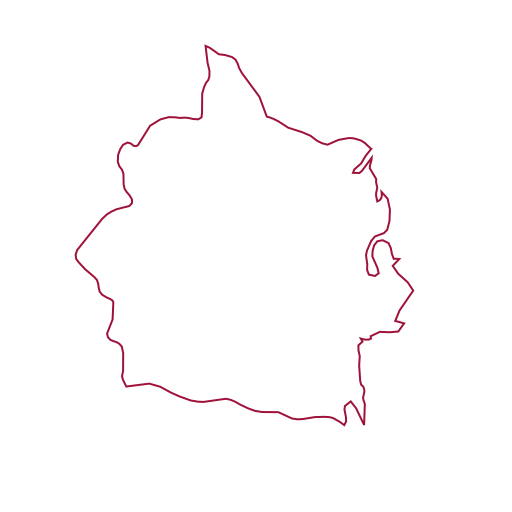 Okayama, orthographic projection, rotated 294°
{"feature_id": "JPN-1822", "entity_name": "Okayama", "entity_type": "Prefecture", "adm_level": 1, "iso_a3": "JPN", "parent_name": "Japan", "parent_adm1": "", "projection": "orthographic", "projection_center": [133.872, 34.876], "detail": "fine", "context": "isolated", "style": "outline", "palette": "rose", "viewbox_px": 512, "rotation_deg": 294, "n_neighbors": 0, "source": "natural_earth", "source_scale": "10m", "svg_char_len": 2674}
<svg xmlns="http://www.w3.org/2000/svg" viewBox="0 0 512 512"><g transform="rotate(294 256 256)"><path d="M400.7,317.7L392.0,315.4L383.3,314.4L375.0,310.6L371.4,310.8L373.9,316.7L376.9,318.2L392.8,321.7L390.4,322.5L384.5,323.4L382.4,324.3L376.2,333.1L375.0,334.7L372.5,335.5L367.7,339.0L362.2,340.2L359.9,341.2L355.2,344.6L357.3,346.3L359.7,346.9L362.6,346.3L365.6,344.6L361.9,352.9L353.0,359.4L342.3,363.7L333.3,365.2L329.0,363.6L322.2,356.7L316.6,355.1L306.0,355.2L301.4,356.2L293.7,361.0L288.4,363.2L284.9,366.7L286.2,372.9L290.2,375.1L294.7,371.6L302.9,362.5L308.0,360.5L313.7,359.6L318.7,360.8L321.9,365.2L321.7,371.8L318.0,376.0L313.2,379.3L309.4,383.0L310.1,384.2L310.4,384.9L311.5,388.1L302.6,384.9L297.6,393.2L293.7,405.3L288.3,413.7L264.7,409.3L253.3,409.6L254.7,418.7L244.9,416.7L240.7,409.1L237.1,400.0L229.4,393.4L227.3,394.6L225.4,392.9L223.9,389.4L223.2,385.3L221.1,388.1L216.0,385.9L211.5,388.0L206.7,391.5L197.9,394.8L184.3,402.0L181.2,404.4L180.3,407.1L178.3,409.0L175.9,410.3L170.2,411.4L168.0,412.8L166.4,414.5L164.6,415.8L145.6,423.5L157.6,409.4L161.7,401.7L155.2,398.3L151.9,399.2L145.2,403.8L141.5,405.6L137.4,405.4L138.6,399.8L139.3,392.0L138.7,388.8L137.0,384.1L132.9,375.5L126.1,365.1L123.8,360.6L122.2,355.0L122.4,339.9L115.9,324.9L114.1,318.0L113.6,310.2L113.8,302.3L114.4,296.1L114.3,291.2L113.3,286.5L101.4,267.5L99.3,262.2L97.5,255.2L96.6,243.4L96.6,234.2L97.6,221.7L96.0,210.4L84.0,190.6L88.7,184.9L91.7,182.5L97.0,181.3L113.2,174.2L118.6,170.3L120.2,166.9L120.6,163.5L120.2,160.3L120.2,157.0L121.6,153.8L124.5,151.5L139.7,150.8L154.7,144.9L156.2,144.1L157.1,142.5L157.4,140.0L157.4,136.5L158.0,131.3L159.8,127.8L163.3,125.0L166.6,123.1L169.4,120.4L171.0,116.9L174.4,105.3L178.3,96.2L180.2,92.9L183.9,90.7L188.7,90.2L227.2,100.3L233.4,102.9L237.8,105.9L242.1,109.7L250.2,120.0L253.9,121.2L257.2,119.7L260.1,115.7L261.8,111.9L264.0,108.6L267.5,106.0L277.3,101.4L280.3,98.5L282.5,94.5L285.9,91.4L292.3,88.9L298.5,88.5L303.5,89.3L307.3,92.4L307.8,94.9L307.7,96.6L306.9,99.2L307.3,101.0L307.8,102.0L309.4,103.1L332.0,106.3L341.9,113.1L347.3,119.7L349.8,125.7L351.1,130.1L353.6,135.0L354.7,138.4L355.6,142.9L357.4,147.7L360.5,149.8L364.8,148.5L382.5,140.8L389.0,139.9L393.7,139.9L397.3,140.8L401.0,140.4L406.2,138.2L412.9,133.1L427.4,124.5L427.4,129.1L425.2,140.0L427.0,146.0L428.0,153.1L427.1,157.3L424.6,160.7L421.0,164.0L417.6,168.4L402.8,194.4L388.2,208.7L387.7,209.4L387.7,209.7L388.2,212.1L388.4,216.4L388.1,221.8L386.3,233.3L387.9,247.9L388.0,256.9L386.1,265.1L385.9,270.7L386.8,276.1L395.6,284.1L401.0,292.0L402.4,294.9L403.4,298.3L404.2,304.7L403.6,309.2L400.7,317.6L400.7,317.7Z" fill="none" stroke="#9f1239" stroke-width="2"/></g></svg>